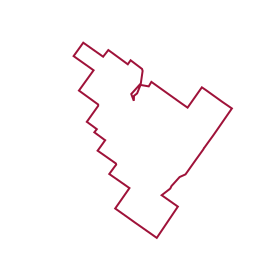 Pulaski, Arkansas, United States of America (orthographic projection), rotated 34°
{"feature_id": "52423323B71527325360101", "entity_name": "Pulaski", "entity_type": "district", "adm_level": 2, "iso_a3": "USA", "parent_name": "United States of America", "parent_adm1": "Arkansas", "projection": "orthographic", "projection_center": [-92.355, 34.752], "detail": "fine", "context": "isolated", "style": "outline", "palette": "rose", "viewbox_px": 256, "rotation_deg": 34, "n_neighbors": 0, "source": "geoboundaries", "source_scale": "gbopen_adm2", "svg_char_len": 841}
<svg xmlns="http://www.w3.org/2000/svg" viewBox="0 0 256 256"><g transform="rotate(34 128 128)"><path d="M92.3,70.4L92.3,70.9L92.2,75.3L82.4,74.9L68.1,74.4L67.5,82.8L43.2,82.3L42.7,98.8L46.4,98.9L67.2,99.4L66.4,124.4L90.1,125.2L90.9,126.3L90.4,145.9L102.8,146.4L102.5,150.4L114.5,150.9L115.9,150.9L115.7,158.2L115.5,163.8L137.8,164.2L138.7,165.0L138.5,168.2L138.2,176.6L143.1,176.7L162.8,177.0L162.4,201.9L171.3,202.1L186.5,202.5L213.3,203.0L213.3,165.3L193.5,164.9L196.9,154.6L196.5,151.8L198.2,139.8L201.6,134.3L202.0,117.0L202.4,103.6L202.2,102.0L202.3,101.9L202.5,95.2L202.8,86.3L202.9,80.4L203.2,53.7L191.4,53.6L171.1,53.0L166.5,53.0L166.0,77.8L158.5,77.7L121.6,76.7L121.9,81.9L114.3,85.3L116.2,94.2L115.0,98.0L117.6,102.2L111.7,98.0L113.7,83.9L108.2,72.5L106.6,71.2L92.3,70.4Z" fill="none" stroke="#9f1239" stroke-width="2"/></g></svg>